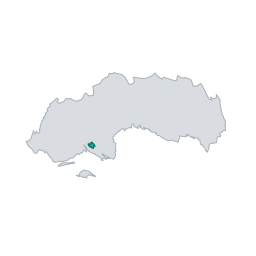 location of Flen, Södermanland, Sweden, rotated 54°
{"feature_id": "70781695B18684833515036", "entity_name": "Flen", "entity_type": "district", "adm_level": 2, "iso_a3": "SWE", "parent_name": "Sweden", "parent_adm1": "Södermanland", "projection": "robinson", "projection_center": [16.701, 59.078], "detail": "fine", "context": "in_parent", "style": "filled", "palette": "teal", "viewbox_px": 256, "rotation_deg": 54, "n_neighbors": 0, "source": "geoboundaries", "source_scale": "gbopen_adm2", "svg_char_len": 4357}
<svg xmlns="http://www.w3.org/2000/svg" viewBox="0 0 256 256"><g transform="rotate(54 128 128)"><path d="M64.4,168.2L65.2,170.0L67.1,169.7L67.8,168.5L68.9,164.7L67.8,160.5L69.4,159.1L70.6,156.8L73.1,156.1L76.5,153.5L76.9,150.8L77.7,148.9L75.0,143.0L74.9,141.5L79.1,140.8L81.1,136.9L78.2,134.3L73.7,132.0L75.5,124.4L73.7,120.3L74.1,118.6L73.8,116.0L75.0,114.9L72.9,111.0L75.1,108.3L74.8,107.0L81.2,101.6L85.4,100.6L93.0,101.4L94.8,99.3L94.9,98.1L94.3,95.4L90.0,93.8L94.8,89.0L98.5,84.4L99.3,80.0L100.1,78.1L99.3,73.9L104.2,73.4L108.6,71.6L108.0,69.3L117.6,62.1L117.9,60.8L117.2,59.6L115.0,57.3L115.6,56.3L118.2,55.7L119.4,54.8L121.3,51.4L126.5,48.7L132.3,50.5L134.7,47.5L134.5,43.3L136.6,42.9L151.9,45.5L154.5,43.9L151.8,43.1L154.4,41.5L155.1,40.4L155.4,39.2L155.2,38.6L153.1,37.0L157.9,36.8L160.5,37.6L160.8,38.5L171.3,43.4L179.6,45.4L182.0,46.7L182.9,48.3L184.2,48.4L185.8,49.8L187.4,50.6L186.2,51.6L186.3,53.9L186.7,54.9L186.0,56.9L188.8,57.4L189.2,58.6L187.8,59.8L188.1,61.1L191.7,65.2L190.9,66.5L190.7,68.2L189.1,69.4L189.0,70.6L189.3,72.3L189.9,73.1L191.4,73.6L194.1,78.0L191.5,78.3L189.5,77.7L184.9,78.2L183.8,78.9L180.2,77.1L178.2,78.1L176.8,77.3L175.7,78.7L175.5,80.6L173.8,80.5L174.5,81.2L172.2,81.5L172.1,81.8L172.6,82.2L171.9,82.8L168.8,83.0L168.4,83.7L169.3,84.4L169.3,84.9L167.3,84.2L168.7,85.6L169.0,86.6L164.8,90.8L166.3,91.9L167.5,94.3L168.8,95.4L168.3,96.5L163.9,99.2L161.5,103.3L155.9,106.1L153.0,106.8L151.1,108.7L148.9,108.1L148.8,109.2L147.4,108.5L146.2,110.3L144.2,111.7L142.0,111.5L141.7,111.7L142.4,112.1L139.9,112.5L139.1,114.1L137.2,114.5L136.9,114.9L138.9,115.0L138.5,116.3L136.3,116.9L135.5,117.7L134.5,117.7L134.7,117.1L133.3,117.1L132.8,116.4L132.5,116.6L133.5,118.6L132.8,119.4L134.2,120.2L130.2,122.2L127.8,121.5L127.5,122.1L128.0,123.8L130.1,125.1L128.8,126.0L127.5,130.0L128.4,132.4L125.6,131.9L125.8,132.8L125.0,133.9L125.3,135.5L125.1,136.5L125.7,137.4L125.3,137.9L125.7,142.2L126.5,144.1L126.3,145.6L127.4,146.4L129.8,146.5L130.5,147.8L133.6,147.0L135.8,149.5L139.9,151.5L139.7,152.9L142.4,153.8L143.9,155.7L144.6,157.3L144.4,158.3L140.3,160.9L137.1,162.7L133.8,163.7L134.0,164.2L135.6,164.3L139.6,163.1L140.7,164.2L138.6,164.7L138.2,166.2L137.3,167.2L128.5,170.7L127.4,171.7L123.5,173.5L116.5,173.4L115.4,173.7L121.5,174.4L122.9,175.7L120.0,176.5L121.3,179.6L120.5,180.3L120.5,183.7L119.4,183.7L119.0,185.1L119.5,188.5L120.0,189.4L119.8,190.4L118.1,192.7L118.7,195.4L116.7,200.4L114.6,203.2L112.9,207.1L111.1,208.4L108.9,207.6L105.6,208.1L99.7,207.9L99.0,208.3L99.4,209.7L97.3,209.5L93.5,212.5L93.4,213.9L94.8,216.7L93.0,218.5L89.0,218.0L83.7,219.2L78.9,218.3L79.6,217.3L80.0,213.6L74.8,206.1L77.3,206.9L78.3,206.5L76.8,204.1L79.0,203.9L79.7,203.0L79.3,201.6L77.6,201.0L76.1,198.8L74.5,197.6L71.7,193.2L70.7,190.2L69.8,190.5L69.0,187.0L67.5,186.4L67.2,182.9L65.6,182.5L64.6,180.9L64.5,177.8L62.6,177.4L62.9,176.0L62.4,170.6L61.9,168.9L62.4,167.6L63.5,167.5L64.4,168.2ZM145.9,184.8L145.0,185.1L144.5,186.1L143.1,186.6L142.9,189.7L144.2,190.8L142.9,191.3L142.0,193.0L139.6,194.1L138.7,195.1L138.2,196.6L136.1,197.4L137.6,195.2L135.6,192.6L136.1,191.7L135.9,188.6L140.2,184.9L142.1,184.4L143.0,184.8L143.4,183.9L144.0,183.7L145.9,184.8ZM118.7,206.1L117.6,206.8L117.3,205.9L117.4,202.3L119.8,198.0L120.8,197.7L123.7,191.9L124.0,191.6L125.0,191.9L124.3,192.5L124.3,193.5L122.5,196.5L122.0,198.5L121.4,199.0L118.7,206.1ZM146.7,183.6L146.6,184.5L145.5,183.8L146.5,182.8L148.6,183.0L146.7,183.6ZM141.5,161.3L140.2,162.7L139.9,162.1L140.2,161.4L141.5,161.3ZM138.7,168.3L138.0,168.4L138.5,167.5L139.4,167.3L138.7,168.3Z" fill="#d9dde1" stroke="#a8b0b8" stroke-width="1"/><path d="M118.3,165.8L118.2,166.2L118.2,166.8L118.3,167.0L118.6,167.1L118.8,167.3L118.8,167.7L118.9,167.8L119.2,167.9L119.2,168.2L118.9,168.4L118.7,168.7L118.4,168.8L118.6,168.9L118.7,169.1L118.6,169.3L118.0,169.4L117.9,169.6L118.3,169.7L118.8,169.9L119.0,170.1L119.3,170.0L119.5,170.0L119.9,169.9L120.2,169.8L120.4,169.7L120.9,169.7L121.0,169.5L121.2,169.3L121.7,169.1L122.2,169.2L122.5,169.1L122.6,168.8L122.7,168.5L123.0,168.2L123.4,168.0L123.9,167.9L123.7,167.6L123.2,167.3L123.0,167.2L122.7,167.1L122.6,166.8L122.8,166.5L122.6,166.2L122.9,165.8L123.1,165.6L122.8,165.4L122.2,165.2L121.8,165.2L121.2,165.2L120.8,165.3L120.1,165.4L119.9,165.5L119.1,165.5L118.6,165.7L118.3,165.7L118.3,165.8Z" fill="#14b8a6" stroke="#0f766e" stroke-width="1.5"/></g></svg>